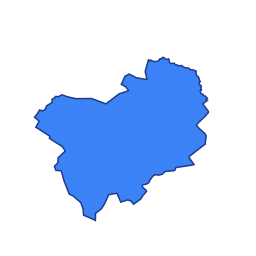 the district of Talin, Aragatsotn, Armenia, rotated 142°
{"feature_id": "60910142B13156315773752", "entity_name": "Talin", "entity_type": "district", "adm_level": 2, "iso_a3": "ARM", "parent_name": "Armenia", "parent_adm1": "Aragatsotn", "projection": "natural_earth1", "projection_center": [43.741, 40.354], "detail": "fine", "context": "isolated", "style": "filled", "palette": "blue", "viewbox_px": 256, "rotation_deg": 142, "n_neighbors": 0, "source": "geoboundaries", "source_scale": "gbopen_adm2", "svg_char_len": 2969}
<svg xmlns="http://www.w3.org/2000/svg" viewBox="0 0 256 256"><g transform="rotate(142 128 128)"><path d="M210.6,75.2L208.3,78.0L206.2,80.7L198.6,80.7L192.5,83.0L184.3,87.3L176.9,83.4L179.3,74.0L172.6,71.6L170.6,68.6L170.5,64.8L170.5,64.5L165.5,64.3L161.8,64.2L157.8,65.6L152.5,66.6L152.0,67.9L152.5,70.1L152.9,73.0L152.2,73.9L151.1,74.1L149.4,73.0L146.9,72.2L145.2,72.1L142.9,73.4L137.9,74.8L135.4,74.5L132.7,71.9L129.3,70.4L125.6,70.9L117.9,66.0L116.5,66.1L114.7,67.4L103.2,60.9L98.5,58.5L98.1,66.7L97.6,67.8L89.6,67.9L77.1,67.8L71.3,73.6L70.8,76.0L72.1,83.4L72.5,88.0L68.9,88.9L59.5,89.8L55.2,90.7L54.4,91.6L54.3,95.7L54.2,100.9L49.5,101.0L48.8,100.8L49.0,101.4L49.1,102.1L48.8,102.4L48.3,102.3L47.7,102.1L47.3,102.2L47.2,102.6L47.2,103.0L47.4,104.0L47.3,104.4L47.3,105.1L47.5,105.6L47.7,106.0L48.0,106.3L48.3,106.5L48.5,107.0L48.6,107.5L48.4,107.7L48.3,107.9L48.1,108.3L48.3,108.6L48.6,108.9L48.9,109.1L49.2,109.5L49.3,110.0L49.1,110.9L48.8,111.5L48.6,111.9L48.5,112.4L48.4,112.9L48.1,113.0L47.8,112.9L47.5,112.8L46.9,112.7L46.5,112.9L46.5,113.7L46.5,113.9L46.6,114.1L46.3,114.5L45.8,114.6L45.4,114.9L45.1,115.3L44.7,115.7L44.4,116.3L44.5,116.7L44.6,116.9L44.8,117.4L44.7,117.8L44.7,118.2L44.6,118.9L44.6,119.5L44.2,119.7L44.1,119.8L43.5,119.9L42.6,120.0L42.4,120.5L42.5,120.9L42.3,121.6L42.0,122.2L41.6,122.8L41.6,123.6L41.6,124.1L41.0,124.6L41.1,125.1L41.2,125.5L41.4,125.9L41.5,126.6L41.5,127.3L41.3,128.0L40.8,129.0L40.3,129.8L39.6,130.5L39.3,131.0L39.4,131.3L39.9,131.8L40.2,132.2L40.4,132.8L40.6,133.2L41.0,133.7L41.4,134.1L42.1,134.6L42.8,135.8L43.0,136.5L43.3,137.7L43.9,138.5L44.2,138.7L44.6,139.1L45.4,139.8L46.0,140.6L46.4,141.3L46.8,141.9L46.9,143.1L47.2,143.7L47.5,144.5L48.0,144.7L48.9,145.1L49.7,145.5L50.0,145.9L50.1,146.7L50.4,147.4L50.7,147.7L51.8,148.2L51.9,148.9L51.6,149.9L51.7,150.6L52.9,151.4L54.1,152.1L54.7,152.6L54.9,153.6L54.8,154.3L54.2,155.5L53.8,156.4L53.4,157.1L53.5,157.5L53.9,157.7L54.7,157.9L55.6,158.3L56.0,158.7L56.0,159.4L56.1,160.2L56.2,161.0L56.7,161.7L57.2,162.3L57.6,162.3L58.2,162.0L58.9,161.8L59.3,161.9L59.5,162.4L59.8,162.8L60.4,162.9L60.9,162.8L61.7,162.3L62.6,162.2L63.5,162.4L64.4,162.9L65.6,163.6L66.4,164.3L66.8,164.8L67.3,165.6L67.8,166.0L68.1,166.7L68.2,167.5L68.6,167.8L69.7,167.7L70.2,168.0L70.2,168.3L69.9,168.7L69.8,168.8L70.0,169.1L78.2,163.1L79.8,161.7L83.0,154.8L83.7,155.0L90.5,162.5L93.9,169.8L98.5,170.6L106.4,166.5L104.4,161.8L104.5,157.1L109.1,158.6L113.8,160.4L124.7,160.5L130.6,160.6L138.5,173.6L151.1,183.3L156.5,189.9L159.7,194.9L159.9,194.9L163.5,195.5L165.8,197.5L167.0,197.0L170.2,197.4L172.2,194.8L178.4,195.6L182.0,193.6L183.5,193.7L185.2,194.6L186.7,196.7L190.9,194.9L192.2,194.7L195.0,194.1L193.9,188.0L200.2,185.4L199.1,182.5L194.6,169.5L196.3,168.2L191.1,153.5L191.7,148.4L201.4,147.6L204.7,143.8L209.6,143.1L210.9,138.9L206.9,135.4L210.8,126.1L215.0,112.0L213.2,108.5L211.1,98.3L213.4,91.5L216.7,86.7L213.2,80.4L210.6,75.2Z" fill="#3b82f6" stroke="#1e3a8a" stroke-width="1.5"/></g></svg>